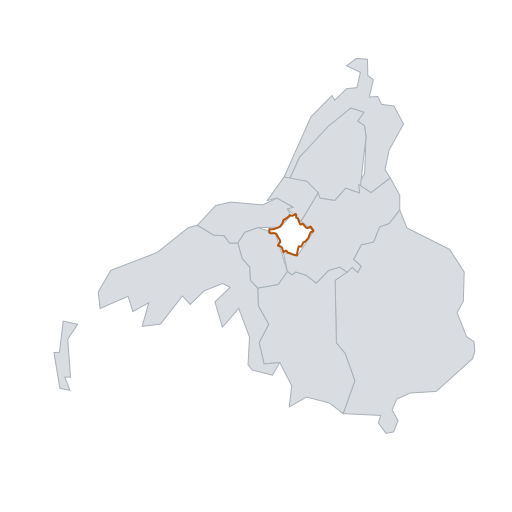 map of Kosovo with Romania, Bulgaria, Greece and 6 others greyed out, rotated 85°
{"feature_id": "XKX", "entity_name": "Kosovo", "entity_type": "country or territory", "adm_level": 0, "iso_a3": "XKX", "parent_name": "Europe", "parent_adm1": "", "projection": "equal_earth", "projection_center": [20.84, 42.557], "detail": "fine", "context": "with_neighbors", "style": "outline", "palette": "amber", "viewbox_px": 512, "rotation_deg": 85, "n_neighbors": 9, "source": "natural_earth", "source_scale": "50m", "svg_char_len": 4173}
<svg xmlns="http://www.w3.org/2000/svg" viewBox="0 0 512 512"><g transform="rotate(85 256 256)"><path d="M410.7,128.2L421.4,133.8L432.3,128.9L443.2,134.2L444.1,142.0L433.0,148.6L425.7,145.7L420.6,182.9L388.9,168.4L361.1,175.6L349.6,183.5L287.1,179.3L275.7,161.2L281.2,156.0L275.3,152.2L267.9,159.1L254.1,150.2L252.2,137.6L237.8,130.4L235.2,120.7L222.6,108.8L241.3,103.1L266.2,62.6L290.1,50.0L319.2,53.4L330.0,60.6L354.8,53.2L360.3,46.3L370.0,46.3L377.2,49.2L406.6,88.3L405.9,114.4L410.7,128.2Z" fill="#d9dde1" stroke="#a8b0b8" stroke-width="1"/><path d="M280.1,166.6L287.1,179.3L349.6,183.5L361.1,175.6L388.9,168.4L420.6,182.9L408.8,195.7L400.9,218.1L409.3,236.0L388.4,231.7L364.2,241.6L364.3,257.4L342.4,260.4L325.2,249.3L306.0,258.0L288.1,257.1L286.2,236.2L274.0,226.1L277.9,221.7L275.3,218.0L279.3,208.0L288.3,198.3L276.6,184.9L274.3,173.6L280.1,166.6Z" fill="#d9dde1" stroke="#a8b0b8" stroke-width="1"/><path d="M373.6,453.1L370.7,462.9L334.6,465.7L334.8,460.2L304.1,453.7L308.5,439.6L322.4,450.8L360.5,451.3L360.0,457.0L373.6,453.1ZM288.1,257.1L306.0,258.0L325.2,249.3L342.4,260.4L364.3,257.4L364.2,241.6L376.2,250.0L369.2,269.8L363.6,273.4L336.1,269.5L306.8,277.8L324.0,295.7L298.1,300.9L285.0,284.5L280.5,291.5L286.1,310.6L298.5,325.7L289.4,332.8L315.5,357.1L316.2,375.5L293.2,366.9L300.7,383.5L285.0,387.0L294.7,415.9L278.1,416.3L257.7,402.0L243.9,354.2L221.8,320.9L220.2,311.7L231.6,296.2L233.0,285.8L240.9,281.2L241.4,272.8L257.3,270.0L266.5,263.1L279.6,263.7L288.1,257.1Z" fill="#d9dde1" stroke="#a8b0b8" stroke-width="1"/><path d="M241.4,272.8L240.9,281.2L233.0,285.8L231.6,296.2L220.2,311.7L202.1,291.7L200.1,276.5L205.7,245.0L200.1,230.0L210.6,214.6L212.1,220.5L218.6,217.7L229.4,229.3L227.9,251.5L231.4,265.1L241.4,272.8Z" fill="#d9dde1" stroke="#a8b0b8" stroke-width="1"/><path d="M137.4,97.5L161.9,114.1L181.2,120.0L190.0,115.4L202.9,135.9L193.8,147.4L183.2,140.6L146.7,136.0L135.7,136.6L130.5,143.0L122.2,136.0L116.9,148.7L161.4,204.0L182.4,215.8L179.7,221.1L122.1,189.1L102.8,166.3L107.6,164.0L97.2,151.1L97.1,140.8L82.2,136.0L74.4,149.2L67.9,138.9L69.7,127.8L86.0,128.9L90.5,123.8L107.5,129.3L107.7,120.8L115.9,117.7L118.6,105.5L137.4,97.5Z" fill="#d9dde1" stroke="#a8b0b8" stroke-width="1"/><path d="M182.4,215.8L161.4,204.0L133.0,172.6L116.9,148.7L122.2,136.0L130.5,143.0L135.7,136.6L146.7,136.0L202.3,147.3L196.3,160.8L207.6,172.6L204.0,187.2L186.1,198.6L182.4,215.8Z" fill="#d9dde1" stroke="#a8b0b8" stroke-width="1"/><path d="M274.0,226.1L286.2,236.2L288.1,257.1L279.6,263.7L266.5,263.1L257.3,270.0L241.4,272.8L231.4,265.1L227.9,251.5L235.2,234.6L274.0,226.1Z" fill="#d9dde1" stroke="#a8b0b8" stroke-width="1"/><path d="M190.0,115.4L208.0,107.5L222.6,108.8L235.2,120.7L237.8,130.4L252.2,137.6L254.1,150.2L267.9,159.1L275.3,152.2L281.2,156.0L275.7,161.2L280.1,166.6L274.3,173.6L276.6,184.9L288.3,198.3L279.3,208.0L275.3,218.0L277.9,221.7L274.0,226.1L254.7,228.5L259.4,214.8L236.4,196.4L223.1,210.7L225.1,208.0L198.4,188.6L204.0,187.2L207.6,172.6L196.3,160.8L202.3,147.3L193.8,147.4L202.9,135.9L190.0,115.4Z" fill="#d9dde1" stroke="#a8b0b8" stroke-width="1"/><path d="M225.1,208.0L212.1,220.5L210.6,214.6L200.1,230.0L201.7,240.0L179.7,221.1L186.1,198.6L198.4,188.6L225.1,208.0Z" fill="#d9dde1" stroke="#a8b0b8" stroke-width="1"/><path d="M225.2,210.2L228.2,209.3L228.6,208.6L227.9,207.2L228.3,206.3L231.9,203.8L232.5,202.7L232.7,201.8L232.2,200.8L231.5,199.3L231.9,198.7L233.7,197.8L235.2,196.8L236.1,196.7L236.7,197.5L236.7,198.2L237.1,199.5L238.3,200.1L240.1,201.2L242.2,202.0L243.9,203.5L246.2,206.2L246.5,207.6L248.6,208.8L250.5,210.1L250.2,212.6L256.7,214.8L258.2,214.8L258.9,215.2L258.9,215.7L258.4,217.5L255.7,222.9L255.5,224.0L253.6,225.2L253.3,225.9L253.9,227.4L254.4,228.4L250.2,229.3L248.9,230.3L248.0,232.1L247.8,233.0L247.1,233.1L245.8,232.1L244.3,230.7L242.3,230.8L235.6,234.0L234.9,235.6L234.7,239.2L234.3,240.2L233.5,240.8L230.7,240.4L230.4,240.2L230.8,238.8L230.7,235.8L229.4,230.8L228.5,229.2L226.7,227.6L225.2,226.5L222.6,225.5L221.3,222.8L219.4,219.7L218.4,219.0L218.6,218.7L219.1,216.4L218.5,214.7L217.6,213.2L218.2,212.4L220.0,212.4L221.5,212.5L222.1,211.1L225.2,210.2Z" fill="none" stroke="#b45309" stroke-width="2"/></g></svg>